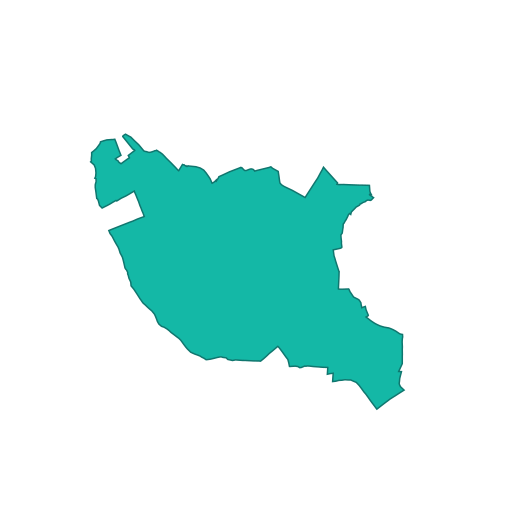 outline of Simian, Bihor, Romania, rotated 298°
{"feature_id": "2599482B37534807810432", "entity_name": "Simian", "entity_type": "district", "adm_level": 2, "iso_a3": "ROU", "parent_name": "Romania", "parent_adm1": "Bihor", "projection": "natural_earth1", "projection_center": [22.074, 47.478], "detail": "fine", "context": "isolated", "style": "filled", "palette": "teal", "viewbox_px": 512, "rotation_deg": 298, "n_neighbors": 0, "source": "geoboundaries", "source_scale": "gbopen_adm2", "svg_char_len": 6052}
<svg xmlns="http://www.w3.org/2000/svg" viewBox="0 0 512 512"><g transform="rotate(298 256 256)"><path d="M255.5,422.2L254.9,420.3L254.8,419.2L255.3,414.6L255.3,413.0L255.3,411.4L255.2,410.3L255.1,409.0L254.8,406.9L254.5,406.1L254.1,404.8L253.7,403.6L253.4,402.7L252.9,400.4L252.5,398.2L252.3,394.9L252.3,392.4L252.6,389.0L252.9,386.9L253.8,381.8L255.8,383.0L256.4,383.0L258.6,380.3L260.3,378.3L262.8,376.2L261.4,374.9L260.0,373.7L261.0,372.9L262.5,371.6L264.0,370.5L265.0,368.7L265.5,367.9L265.7,366.2L265.6,363.2L265.6,361.4L268.7,355.6L269.8,354.3L270.4,353.3L267.3,348.0L266.3,346.1L265.6,344.5L265.6,344.2L276.6,339.0L280.4,337.1L281.2,336.8L281.4,336.4L283.8,333.9L289.0,328.6L290.9,326.8L292.8,324.8L293.9,324.0L297.7,321.3L298.1,321.8L302.2,326.6L303.0,327.3L303.4,327.6L303.7,327.7L304.0,327.7L304.4,327.5L306.1,326.3L307.4,325.4L308.9,324.7L311.2,323.1L312.4,322.3L313.4,321.7L314.1,321.3L314.3,321.2L314.9,321.1L315.5,321.2L316.3,321.4L317.2,321.2L318.3,320.8L320.7,319.9L322.0,319.5L323.9,318.6L325.2,318.0L326.2,318.3L328.7,318.3L330.2,318.5L334.3,318.4L335.3,318.2L337.4,318.6L337.4,319.3L337.2,320.1L338.9,319.7L339.8,319.6L340.5,319.8L341.6,320.1L342.5,320.4L344.2,320.9L346.4,321.5L347.4,322.2L349.5,323.5L350.2,323.6L350.8,323.5L351.1,323.8L351.7,324.4L353.3,325.2L354.8,326.5L355.1,326.8L355.6,327.2L356.7,327.4L357.0,327.7L357.8,328.4L358.3,329.4L358.7,330.8L359.5,331.5L362.7,332.4L362.8,331.4L363.0,330.4L363.3,327.6L363.5,327.4L363.8,327.4L364.1,327.5L364.5,328.8L365.2,327.7L366.5,326.2L371.6,323.0L371.4,322.5L368.0,315.7L367.1,314.0L365.4,310.5L363.2,306.0L360.2,299.7L358.0,295.7L357.3,293.8L358.8,293.7L361.2,287.1L362.8,282.7L364.4,278.3L366.1,273.9L363.0,274.0L360.3,273.9L353.7,273.9L349.8,273.5L344.0,273.0L330.7,271.9L331.0,257.3L330.7,250.9L330.6,247.8L330.8,245.7L330.9,244.9L331.7,242.9L332.0,242.6L333.3,241.6L336.8,239.1L341.1,235.9L341.2,229.8L341.3,228.9L341.7,227.8L341.6,227.1L340.4,226.1L332.2,216.9L330.4,215.0L330.6,214.7L331.1,213.0L331.0,212.1L330.8,211.2L330.1,210.1L328.7,208.8L327.0,207.4L326.2,206.1L326.4,204.8L327.3,202.1L326.8,201.4L327.1,201.0L325.9,200.0L318.5,193.6L318.2,193.3L315.8,191.5L311.8,188.5L308.6,186.0L308.1,186.1L307.2,186.1L306.5,186.1L305.5,185.9L304.7,185.8L303.8,185.7L302.9,185.8L302.6,185.8L302.8,185.7L304.0,185.1L302.6,184.7L301.4,184.2L299.6,183.1L299.7,182.9L300.2,182.3L302.6,179.3L303.7,177.3L305.9,173.0L307.3,169.5L307.4,167.6L307.5,165.4L306.6,161.0L303.9,154.4L303.8,153.9L302.8,153.3L302.7,153.1L302.8,152.9L303.0,152.9L303.1,152.7L302.7,152.6L302.4,152.3L302.5,151.8L302.6,151.2L302.5,150.5L302.5,150.3L302.8,149.6L302.0,148.3L302.1,148.1L295.0,147.7L295.0,147.2L296.3,143.6L298.3,137.4L300.2,130.9L301.0,128.7L302.0,125.6L302.5,122.6L302.4,121.9L302.5,121.2L302.7,119.6L302.7,118.6L302.3,118.6L301.9,117.8L301.3,117.1L300.6,116.6L299.2,115.3L298.4,114.5L297.6,113.5L297.1,112.5L296.9,111.4L296.8,110.5L296.5,109.6L296.1,108.1L296.4,107.0L299.2,100.2L300.7,94.6L302.2,89.7L302.2,87.0L302.3,83.6L301.0,82.8L299.3,82.1L299.2,82.1L298.9,82.3L293.2,95.6L292.6,97.0L292.6,97.7L292.7,98.3L292.7,98.7L292.3,99.4L284.8,96.0L283.3,98.1L280.9,96.8L274.1,93.5L274.2,92.2L274.4,91.8L274.4,91.5L274.3,91.2L274.6,90.5L275.0,90.0L275.2,89.6L275.4,86.8L275.7,86.2L276.0,86.4L277.4,87.0L278.9,87.9L280.9,89.1L281.5,89.5L284.6,85.8L289.9,79.9L291.3,78.3L292.8,76.5L291.8,75.2L291.0,73.8L290.9,73.6L290.0,72.2L288.5,69.8L286.3,67.5L283.8,65.1L282.2,65.5L279.2,65.1L275.9,64.6L272.4,63.3L270.2,62.3L267.8,63.6L264.5,64.9L262.5,66.1L261.5,65.8L261.0,68.0L260.4,70.4L258.0,73.2L254.2,75.7L250.8,77.1L249.0,77.2L249.2,78.4L246.6,79.9L243.8,80.5L242.9,80.9L241.0,81.9L237.5,84.5L233.4,87.4L232.0,88.4L232.0,89.3L230.6,91.0L227.2,94.1L226.1,97.6L228.8,99.5L230.6,100.8L233.3,102.6L236.5,104.5L237.4,105.1L239.3,106.3L239.2,107.2L240.5,108.0L243.8,109.9L248.0,113.0L251.2,115.0L255.5,117.6L256.2,118.1L255.6,118.6L253.4,121.4L250.0,125.4L249.1,126.6L246.0,129.9L244.4,131.9L242.6,133.9L240.6,136.4L238.4,138.8L237.1,137.7L236.5,137.1L232.9,133.9L228.9,130.8L226.5,128.6L223.1,125.7L219.6,122.7L212.3,116.5L209.4,114.1L207.3,116.6L205.8,119.8L202.8,124.1L200.7,127.4L199.2,129.9L197.6,131.9L194.9,134.6L192.3,138.5L190.1,140.6L187.5,142.9L184.0,145.9L183.2,147.2L183.1,147.7L182.8,148.3L181.3,150.4L179.9,151.1L179.1,152.1L176.6,154.4L174.6,157.1L173.8,157.9L171.0,159.7L170.3,161.4L169.3,163.8L168.2,165.8L166.3,169.3L163.9,173.5L162.8,175.7L161.9,177.4L161.4,178.5L160.7,181.6L160.2,183.2L159.4,186.2L158.6,189.8L157.0,193.6L155.9,195.1L153.9,197.5L151.9,199.7L150.3,202.2L149.6,205.3L149.6,206.0L150.0,208.3L149.8,211.7L149.3,214.5L148.6,216.9L148.0,220.8L147.4,224.3L147.1,226.5L146.4,228.9L145.4,231.0L144.2,233.4L142.7,236.6L141.7,239.1L140.4,243.5L140.5,245.7L140.7,248.3L141.1,250.8L141.4,253.6L141.2,255.7L141.3,258.0L141.0,260.6L141.7,261.7L143.6,264.3L145.8,266.8L148.1,269.3L149.9,271.5L150.6,272.6L150.9,274.3L152.1,277.5L151.4,279.6L152.2,282.4L152.7,284.3L153.9,285.8L154.6,286.6L157.4,293.0L159.0,296.1L159.1,296.4L160.8,300.0L161.5,301.5L162.0,302.6L163.3,305.2L164.6,307.7L165.3,309.4L168.8,310.9L172.6,312.3L176.0,313.4L179.5,314.9L183.3,316.4L186.5,317.7L185.9,319.5L183.9,323.8L182.5,326.6L180.9,329.8L179.6,332.7L176.9,335.2L174.2,337.4L174.4,338.0L174.7,338.3L175.8,340.1L177.2,342.4L178.1,345.0L177.9,347.0L178.8,348.3L181.7,350.7L182.1,351.8L183.0,352.9L184.0,355.1L185.3,358.5L187.8,364.1L188.0,364.7L189.2,367.4L191.3,371.7L188.2,373.1L185.1,374.5L186.9,376.6L188.7,379.2L181.1,382.6L182.9,385.2L185.1,387.6L186.6,390.1L188.5,392.6L189.7,395.3L190.6,397.1L191.0,397.8L191.2,400.8L191.5,403.8L190.1,408.0L189.8,408.6L188.4,411.6L186.6,415.2L185.7,417.6L183.8,421.5L182.3,424.4L180.8,427.5L179.1,431.2L177.9,433.7L177.5,434.6L185.5,438.2L192.6,441.5L207.1,449.7L208.4,445.0L209.5,443.4L210.6,442.3L213.0,441.4L215.3,440.4L217.3,439.9L218.9,439.5L219.8,439.3L222.2,438.7L221.0,436.2L229.6,435.7L237.0,431.8L237.3,431.7L242.2,429.0L244.5,427.9L248.7,425.4L250.2,424.7L251.8,424.0L253.4,423.5L255.5,422.2Z" fill="#14b8a6" stroke="#0f766e" stroke-width="1.5"/></g></svg>